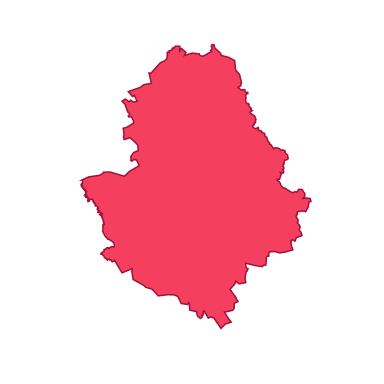 Amajuba, KwaZulu-Natal, South Africa (Equal Earth projection), rotated 145°
{"feature_id": "47623444B66034573524186", "entity_name": "Amajuba", "entity_type": "district", "adm_level": 2, "iso_a3": "ZAF", "parent_name": "South Africa", "parent_adm1": "KwaZulu-Natal", "projection": "equal_earth", "projection_center": [30.451, -27.741], "detail": "fine", "context": "isolated", "style": "filled", "palette": "rose", "viewbox_px": 384, "rotation_deg": 145, "n_neighbors": 0, "source": "geoboundaries", "source_scale": "gbopen_adm2", "svg_char_len": 6006}
<svg xmlns="http://www.w3.org/2000/svg" viewBox="0 0 384 384"><g transform="rotate(145 192 192)"><path d="M251.0,79.4L247.9,78.8L246.4,75.9L246.5,63.6L240.6,64.7L234.5,62.9L234.7,68.4L234.3,75.0L226.5,71.7L224.3,72.4L221.1,76.6L217.1,75.8L216.9,79.5L216.4,80.7L216.7,85.6L216.6,90.6L209.8,92.0L207.4,93.9L206.1,89.7L199.9,86.9L198.3,90.6L195.8,93.2L193.3,95.7L192.3,95.6L190.1,97.0L190.9,98.3L190.6,100.3L188.8,102.8L182.3,95.4L177.2,90.5L175.6,91.0L173.4,89.8L170.1,93.6L168.9,95.5L167.6,96.2L165.7,95.5L164.5,97.6L162.8,98.5L158.5,95.9L155.1,91.8L150.4,89.5L142.6,86.7L141.0,92.0L138.8,95.3L138.6,95.0L137.0,95.2L136.3,94.1L136.3,93.2L136.0,92.7L135.4,92.8L134.4,93.7L132.2,94.8L128.1,93.3L126.8,93.4L125.8,96.5L126.0,98.3L125.5,100.2L123.7,101.0L123.1,102.3L123.3,106.6L122.3,106.8L121.6,107.5L121.5,108.4L121.0,108.8L121.0,111.7L119.9,112.9L118.5,113.1L117.9,114.9L116.8,115.3L115.1,114.3L113.3,113.8L110.4,111.2L110.2,110.7L105.5,113.0L101.7,116.8L100.0,116.0L98.9,118.8L101.2,121.1L104.8,123.1L103.4,123.5L102.7,123.2L100.5,126.0L100.5,129.2L100.2,130.1L100.8,131.4L103.3,133.0L105.7,131.7L107.2,132.7L107.5,133.3L108.1,133.2L110.2,133.8L110.3,134.4L111.7,136.4L111.8,137.7L112.8,139.1L113.1,141.0L113.9,142.1L114.8,142.6L115.4,146.4L114.8,148.0L114.6,150.2L115.7,152.8L114.8,153.5L113.5,152.3L112.8,152.4L110.4,154.1L110.0,154.7L109.0,155.0L108.4,157.4L106.6,155.2L105.5,155.6L104.8,157.2L104.8,158.5L104.1,158.2L103.0,158.8L102.4,160.7L102.6,161.0L102.1,161.7L101.4,162.3L100.9,162.0L99.9,162.8L100.1,163.0L98.0,164.8L95.2,163.9L93.9,164.3L93.1,166.6L92.5,167.4L93.2,170.0L92.3,172.0L92.3,172.8L93.9,174.7L95.1,175.4L95.5,175.8L95.4,177.2L97.2,179.6L98.4,180.4L99.5,180.7L100.3,180.5L100.2,185.4L101.0,186.6L100.5,187.0L100.2,188.0L100.6,189.1L100.3,191.5L99.4,193.7L100.2,196.5L99.1,197.6L99.2,199.1L99.7,199.2L100.7,200.4L100.1,201.4L100.3,202.7L101.1,202.8L102.1,204.7L100.8,206.1L100.7,206.9L103.4,207.3L104.3,208.4L104.9,210.3L104.5,211.4L103.2,211.6L102.9,211.3L101.8,212.1L101.2,213.1L100.4,212.4L99.3,213.3L99.0,214.2L97.9,214.8L97.8,216.1L97.3,216.9L97.1,218.8L97.9,220.0L98.7,222.9L99.1,223.5L98.3,224.4L95.9,224.1L96.4,225.7L95.5,226.5L96.0,229.4L95.7,230.8L95.1,230.9L95.0,232.1L95.9,232.8L96.6,234.2L94.9,237.2L94.1,237.7L92.8,240.0L91.3,241.1L89.8,240.5L89.2,241.7L90.0,242.0L91.1,243.5L90.0,245.5L91.4,246.7L93.1,247.1L94.0,250.1L94.5,251.0L93.9,251.5L93.3,251.0L91.8,251.2L91.2,251.0L88.6,253.5L85.6,261.1L86.3,266.8L81.7,275.3L84.8,281.3L89.6,287.0L89.0,289.4L90.7,296.8L89.4,300.2L91.3,301.2L92.8,300.3L92.5,299.1L94.0,297.4L95.6,297.4L95.7,295.7L98.6,296.3L104.3,296.7L105.1,297.2L106.6,298.2L107.2,299.7L106.8,300.9L112.0,305.6L119.9,308.2L116.8,309.9L118.4,315.8L121.2,314.6L118.4,318.4L122.0,321.0L124.2,319.9L124.6,321.1L126.7,320.5L127.0,319.7L129.2,320.7L130.3,320.6L130.6,319.4L132.1,320.7L133.2,319.0L136.0,315.7L139.0,315.2L143.8,316.0L157.8,312.8L158.9,314.2L163.0,304.2L169.6,307.5L174.5,307.4L186.6,310.8L186.0,304.3L183.8,304.2L184.9,297.8L188.5,299.2L189.5,302.4L191.9,302.0L192.7,305.1L193.5,306.5L197.2,306.5L196.6,302.2L198.8,294.3L198.2,292.1L198.6,291.5L200.7,290.7L200.6,289.5L198.4,288.6L199.1,284.2L200.0,282.0L208.3,282.4L211.8,283.7L214.9,277.7L216.6,276.5L216.5,276.0L217.6,273.9L211.7,272.1L210.0,265.2L209.6,261.3L212.3,256.8L217.2,257.8L221.9,256.1L222.9,254.2L224.0,252.9L223.8,251.9L222.4,252.0L220.2,251.4L219.8,251.0L219.2,249.3L220.1,243.8L231.6,244.8L238.3,243.7L247.7,255.4L252.8,258.8L252.9,258.5L258.0,258.6L267.8,263.6L275.7,265.0L275.1,264.5L275.2,263.8L276.0,262.5L277.4,262.2L277.3,261.6L278.5,261.7L278.9,261.4L278.0,260.4L278.5,259.1L278.8,259.0L279.3,259.4L279.3,257.7L278.6,257.3L279.2,256.4L278.6,256.1L278.7,255.8L278.3,255.5L279.1,254.8L279.0,254.5L278.6,254.5L278.7,254.4L278.5,254.1L278.5,253.6L278.8,253.4L278.6,253.1L279.1,253.3L279.3,252.9L279.0,252.4L279.9,251.6L279.8,251.1L281.0,251.5L281.5,250.0L281.8,249.6L282.0,249.8L281.9,249.1L281.6,248.9L281.9,248.5L281.5,248.3L281.0,248.7L281.2,247.4L280.7,247.1L280.5,247.3L280.6,246.9L280.4,246.9L280.1,246.4L280.4,246.6L280.6,245.7L281.4,245.9L281.8,244.8L282.3,244.8L282.4,244.1L282.7,243.9L281.6,243.3L281.1,243.9L280.0,244.1L279.9,244.4L278.8,243.7L278.5,244.0L278.0,243.2L278.0,242.4L277.8,242.6L277.6,242.2L277.9,241.4L278.3,241.2L278.1,241.0L278.6,239.8L278.1,239.6L278.4,239.0L278.1,238.5L278.6,238.2L278.4,237.3L278.6,236.9L278.4,236.9L279.0,236.1L278.3,236.1L277.9,235.6L278.1,233.8L277.8,233.7L278.2,233.1L277.8,232.6L278.1,232.2L279.5,232.4L279.6,231.5L279.0,230.6L280.1,229.9L279.8,229.8L279.7,229.2L280.1,229.1L279.9,229.0L280.0,228.9L279.9,228.6L279.2,228.7L279.4,228.5L279.2,228.1L279.4,227.8L279.1,228.0L279.0,226.7L278.4,226.7L278.2,226.4L278.5,226.5L278.8,226.2L278.5,226.2L278.5,225.7L279.2,225.8L279.3,225.4L279.4,225.9L280.3,226.5L280.2,226.1L280.5,225.7L280.2,225.0L279.1,224.6L279.9,223.9L280.0,223.5L279.8,223.5L279.9,222.8L280.5,222.8L280.6,222.5L280.5,220.8L280.6,220.2L281.2,219.9L281.3,218.7L281.1,218.5L281.8,217.5L282.2,217.5L282.1,216.7L282.5,215.8L283.5,216.3L284.4,215.7L284.6,215.2L284.4,214.9L284.9,214.8L285.5,213.5L287.9,210.9L287.9,209.6L288.6,205.1L288.1,203.9L288.1,201.6L287.3,200.9L285.6,197.1L285.5,195.4L285.2,195.0L285.5,194.8L285.5,193.9L286.1,192.9L287.6,191.7L287.9,192.4L289.5,193.6L290.0,193.3L291.4,193.5L292.3,193.1L292.7,193.9L292.6,194.5L294.0,195.2L295.4,194.6L296.9,195.4L297.5,194.9L297.6,194.2L298.0,193.9L301.2,194.1L302.3,193.4L301.0,192.2L301.2,191.3L300.9,189.9L301.3,188.7L300.9,187.0L300.1,186.3L300.6,185.4L300.4,184.6L299.3,184.9L298.3,184.4L298.4,183.5L297.3,183.0L297.6,181.0L297.2,180.4L295.9,180.1L294.6,180.7L295.7,165.9L285.0,163.5L286.9,161.4L290.4,154.1L285.0,143.0L284.7,140.7L280.4,135.3L279.2,126.3L270.3,121.5L265.7,118.0L263.5,114.6L264.8,106.9L260.2,102.4L258.0,103.4L257.9,102.7L261.6,96.5L257.0,91.5L258.7,87.4L257.7,83.7L255.8,83.5L255.0,84.6L254.1,84.6L254.4,85.3L252.9,85.8L252.3,85.6L252.2,86.5L251.2,87.9L250.2,87.5L251.0,79.4Z" fill="#f43f5e" stroke="#9f1239" stroke-width="1.5"/></g></svg>